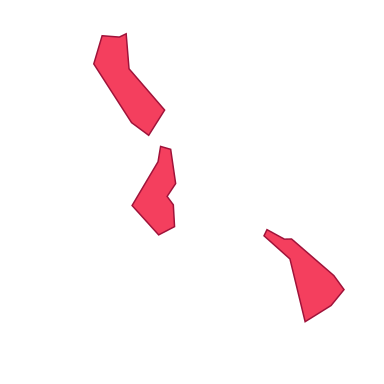 an SVG outline of Turks and Caicos Islands, rotated 229°
{"feature_id": "TCA", "entity_name": "Turks and Caicos Islands", "entity_type": "country or territory", "adm_level": 0, "iso_a3": "TCA", "parent_name": "North America", "parent_adm1": "", "projection": "mercator", "projection_center": [-71.981, 21.852], "detail": "fine", "context": "isolated", "style": "filled", "palette": "rose", "viewbox_px": 384, "rotation_deg": 229, "n_neighbors": 0, "source": "natural_earth", "source_scale": "50m", "svg_char_len": 513}
<svg xmlns="http://www.w3.org/2000/svg" viewBox="0 0 384 384"><g transform="rotate(229 192 192)"><path d="M356.6,238.8L354.6,246.1L326.3,225.3L271.8,225.1L263.2,196.5L284.0,191.9L353.1,201.9L368.9,226.7L356.6,238.8ZM19.9,192.3L77.2,222.0L111.7,217.6L114.4,223.9L95.8,230.8L91.2,236.3L35.9,244.2L18.6,242.7L15.1,222.5L19.9,192.3ZM247.0,198.2L238.2,203.9L209.1,185.2L205.0,170.3L194.6,169.5L177.3,156.1L181.5,138.7L221.1,137.9L237.1,186.2L247.0,198.2Z" fill="#f43f5e" stroke="#9f1239" stroke-width="1.5"/></g></svg>